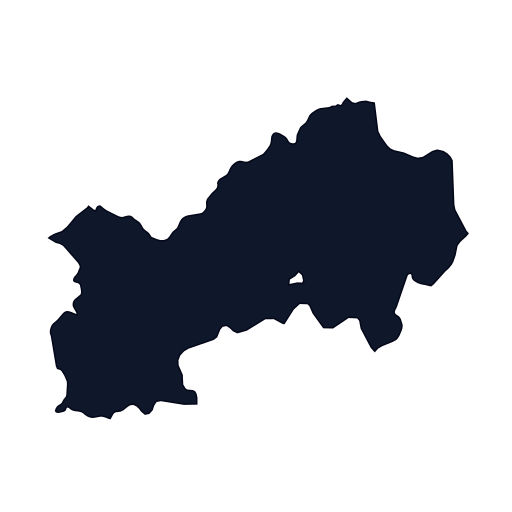 Potenza, Robinson projection, rotated 85°
{"feature_id": "ITA-5390", "entity_name": "Potenza", "entity_type": "Province", "adm_level": 1, "iso_a3": "ITA", "parent_name": "Italy", "parent_adm1": "", "projection": "robinson", "projection_center": [15.898, 40.519], "detail": "fine", "context": "isolated", "style": "filled", "palette": "ink", "viewbox_px": 512, "rotation_deg": 85, "n_neighbors": 0, "source": "natural_earth", "source_scale": "10m", "svg_char_len": 4832}
<svg xmlns="http://www.w3.org/2000/svg" viewBox="0 0 512 512"><g transform="rotate(85 256 256)"><path d="M220.0,460.8L218.8,459.1L216.7,454.2L214.9,447.1L210.7,441.2L201.0,431.6L193.3,419.6L191.9,418.5L196.5,413.6L196.9,411.6L196.0,411.1L195.0,410.8L194.2,410.3L193.3,409.6L192.6,407.9L192.8,406.8L195.6,404.1L198.1,401.1L205.1,389.7L206.1,386.9L206.2,385.5L205.4,381.1L205.3,378.8L205.8,377.4L206.5,376.3L208.9,374.2L211.8,370.6L212.9,369.5L213.8,368.9L216.0,367.7L218.3,366.8L219.6,365.9L221.1,364.6L223.3,362.0L224.9,360.8L228.4,358.9L231.1,353.7L232.3,350.6L232.6,349.3L232.7,347.8L232.7,346.3L232.3,344.4L231.9,343.1L231.3,342.0L229.7,340.3L226.0,337.3L225.1,336.5L224.4,335.6L222.5,332.8L221.7,331.9L220.8,331.2L215.3,328.2L213.3,326.7L212.5,325.8L211.9,324.9L210.9,322.8L210.3,320.5L209.3,307.5L208.9,305.7L207.5,303.8L205.9,302.2L204.9,301.5L203.8,300.9L202.5,300.6L198.2,300.4L196.9,300.0L195.7,299.5L194.7,298.8L189.8,294.0L186.9,290.3L185.3,288.7L184.1,288.1L182.9,287.7L181.4,287.6L180.0,287.7L178.4,287.0L176.6,285.3L173.3,278.5L172.2,277.0L170.2,275.6L166.9,273.8L165.0,272.4L163.9,271.3L162.8,270.0L161.3,267.6L160.7,266.0L160.4,264.4L160.5,263.2L160.7,262.2L161.6,259.5L162.0,257.1L161.8,255.4L155.6,240.0L154.9,239.1L151.7,235.8L148.0,232.7L145.9,231.4L143.2,230.6L139.9,230.0L138.1,229.5L136.3,228.2L135.5,227.1L135.2,225.9L135.3,225.1L135.6,224.0L136.0,223.0L136.8,221.4L140.1,216.9L141.0,216.1L142.0,215.4L145.3,213.8L146.3,212.9L147.1,211.7L147.7,209.4L147.6,207.8L147.2,206.6L146.2,205.9L145.0,205.3L140.3,204.5L138.8,204.1L132.4,200.5L131.6,199.8L128.3,195.1L127.5,194.2L125.7,192.8L121.2,190.2L119.9,189.0L118.5,187.1L116.4,183.3L115.5,181.0L115.0,179.1L114.7,169.8L113.6,167.2L113.7,165.2L113.8,163.7L113.4,162.7L112.6,161.6L112.8,160.6L113.3,159.6L113.7,158.2L113.2,157.4L111.9,156.3L110.7,155.7L106.8,151.8L111.8,147.1L112.9,143.9L112.7,142.5L111.8,139.6L111.5,137.3L111.5,132.8L112.8,129.3L113.9,124.9L142.6,123.9L147.8,121.9L157.6,116.2L161.2,113.1L163.3,109.4L166.4,99.8L171.2,90.9L172.9,86.3L172.4,80.9L167.4,71.1L166.4,66.2L168.3,60.4L171.0,56.8L174.4,54.0L178.1,52.4L222.3,54.6L227.4,54.0L249.5,44.7L252.0,42.9L254.1,45.0L259.2,51.6L262.6,54.6L263.9,55.2L272.4,57.7L278.8,60.6L281.4,62.4L284.5,65.4L287.4,69.2L299.0,81.6L300.8,84.2L300.5,85.5L298.9,90.0L298.1,93.2L297.1,95.7L296.6,96.8L295.2,98.8L293.8,100.6L292.9,101.2L292.1,101.7L291.4,101.9L290.3,102.1L289.1,102.0L287.8,102.3L286.8,103.1L286.8,105.2L287.4,106.4L288.5,107.3L318.7,120.7L321.8,122.6L323.0,123.1L324.4,123.3L325.6,123.1L326.5,122.4L327.4,121.5L328.8,119.6L329.7,118.9L330.7,118.3L331.9,117.8L337.0,116.7L338.5,116.7L340.7,117.2L343.2,118.3L347.5,120.6L349.4,122.0L350.8,123.3L351.9,125.3L352.8,127.5L356.2,138.4L358.3,142.8L361.3,146.0L356.9,149.2L337.3,157.4L329.2,158.2L326.3,160.3L325.1,169.3L334.2,185.7L333.2,194.9L317.9,204.0L310.2,206.6L307.9,208.5L306.9,216.8L312.0,223.4L325.7,233.9L325.1,235.5L319.8,243.5L319.1,252.3L328.9,271.9L330.7,281.2L328.5,285.0L325.1,287.9L322.5,291.2L322.9,295.7L325.7,298.5L333.1,302.3L335.3,305.9L341.8,331.7L344.2,336.5L348.2,340.8L353.1,343.1L358.3,343.3L368.1,340.0L377.9,340.4L382.5,338.1L383.8,336.1L384.7,331.0L385.8,329.0L388.2,327.9L391.8,327.4L398.2,327.9L397.3,340.6L391.6,363.3L392.1,368.2L395.7,371.0L400.3,373.0L403.4,376.4L403.8,380.3L400.3,383.7L397.7,385.2L395.0,387.6L393.1,390.6L392.9,394.0L394.1,396.8L397.5,401.9L398.6,404.8L398.7,409.1L399.2,410.7L400.3,412.2L405.2,415.5L404.4,417.4L403.1,419.9L402.2,422.4L401.9,423.7L401.8,425.0L402.4,431.6L402.3,432.9L402.1,434.4L402.0,434.6L401.0,436.9L400.3,438.0L398.8,439.8L397.2,441.4L396.4,442.3L395.8,443.4L394.9,445.8L394.0,450.1L393.5,451.3L393.0,452.5L392.3,453.4L390.7,455.1L390.0,456.1L389.8,457.1L390.1,458.1L391.0,458.7L392.2,459.2L393.1,459.9L393.6,460.9L393.9,462.2L394.4,466.1L394.3,467.5L393.7,468.6L392.7,469.1L390.5,468.1L389.3,467.1L388.3,466.0L387.3,463.9L386.7,462.9L386.0,462.0L385.0,461.3L383.0,460.0L382.0,459.2L380.5,457.6L379.5,456.9L378.1,456.4L366.7,454.7L364.0,454.8L358.0,456.8L353.1,459.3L352.3,460.1L351.6,461.1L350.7,463.5L348.1,464.3L317.8,466.7L315.2,467.3L313.6,467.3L311.7,467.0L308.9,465.8L307.4,464.9L306.3,463.9L302.9,459.2L296.5,452.6L295.8,451.6L295.3,450.6L295.1,449.4L295.2,448.0L296.2,445.4L298.5,441.0L298.8,439.9L298.2,439.2L296.7,439.2L291.4,441.7L289.4,442.3L287.0,442.0L285.6,441.4L284.4,440.5L283.6,439.6L280.0,434.3L279.5,433.7L278.5,433.1L276.9,432.7L274.3,432.7L269.5,433.2L268.3,433.9L267.2,434.9L265.7,438.7L264.7,439.7L263.0,439.4L261.9,438.7L260.9,437.9L260.2,437.0L258.5,435.4L257.4,434.6L251.9,431.8L249.9,432.0L247.0,433.3L228.7,446.7L227.7,448.0L226.3,450.1L224.9,454.0L220.7,459.8L220.0,460.8ZM287.6,225.9L286.6,216.9L287.3,211.8L284.5,210.5L278.8,211.3L275.0,214.8L278.9,219.0L282.0,225.0L287.6,225.9Z" fill="#0f172a" stroke="#020617" stroke-width="1.5"/></g></svg>